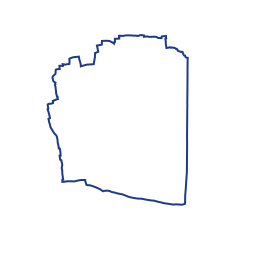 Khwao Sin Rin, Surin, Thailand, rotated 160°
{"feature_id": "78962969B63758563457918", "entity_name": "Khwao Sin Rin", "entity_type": "district", "adm_level": 2, "iso_a3": "THA", "parent_name": "Thailand", "parent_adm1": "Surin", "projection": "natural_earth1", "projection_center": [103.61, 15.013], "detail": "fine", "context": "isolated", "style": "outline", "palette": "blue", "viewbox_px": 256, "rotation_deg": 160, "n_neighbors": 0, "source": "geoboundaries", "source_scale": "gbopen_adm2", "svg_char_len": 5300}
<svg xmlns="http://www.w3.org/2000/svg" viewBox="0 0 256 256"><g transform="rotate(160 128 128)"><path d="M100.4,37.3L99.9,38.3L98.0,43.3L97.4,44.9L95.7,48.6L93.8,52.7L91.6,57.8L91.2,58.7L88.2,65.4L87.5,67.1L81.8,82.4L78.0,92.6L76.9,95.6L76.8,96.0L76.0,98.2L74.6,102.0L66.0,125.1L64.6,128.7L63.3,132.4L62.6,134.3L62.2,135.3L59.1,143.6L57.5,147.9L53.1,159.7L52.5,161.4L51.4,164.4L48.8,171.3L47.9,173.4L48.1,173.5L48.8,174.1L49.5,174.6L49.6,175.0L49.7,175.6L49.7,175.8L49.6,176.4L49.6,176.5L50.3,176.9L50.5,177.0L50.8,178.3L50.8,178.5L50.7,179.2L50.8,180.1L50.8,181.0L51.0,181.1L51.5,181.1L51.8,181.2L52.2,181.3L52.4,181.5L53.0,182.1L53.5,182.5L54.9,183.7L54.9,183.8L54.7,185.0L55.3,185.7L55.8,185.9L55.8,186.1L55.8,186.3L56.1,186.6L56.5,186.9L56.7,187.2L56.8,187.3L57.8,187.9L58.1,188.1L58.4,188.1L58.6,188.2L59.6,188.8L60.0,188.7L60.6,189.0L60.7,189.3L60.9,189.5L61.1,189.6L61.3,189.7L61.5,189.7L61.9,189.6L62.9,189.7L63.5,189.9L63.9,190.0L64.5,190.0L64.3,191.1L64.0,192.3L63.9,193.2L63.7,194.0L63.0,196.2L62.9,196.7L62.7,197.3L62.5,198.6L62.3,199.1L61.5,199.1L61.2,200.1L61.1,200.6L60.9,201.4L62.8,202.0L64.9,202.5L65.0,202.5L65.3,202.1L65.5,201.7L65.8,201.0L66.3,201.2L66.8,201.4L68.4,202.1L68.8,202.3L69.1,202.6L69.5,203.1L70.1,203.9L70.3,204.0L70.5,204.1L71.3,204.5L73.3,205.2L75.9,206.0L76.9,206.4L77.2,206.6L77.7,206.9L77.9,207.1L78.3,207.2L78.8,207.5L79.6,207.7L80.0,207.8L80.5,207.9L81.0,208.1L81.8,208.3L81.2,209.4L81.9,209.8L82.5,210.1L82.8,210.3L83.8,210.7L84.8,211.1L85.3,211.1L85.5,211.0L85.9,211.0L86.6,211.0L86.9,211.1L87.2,211.2L87.6,211.4L87.9,211.5L88.2,211.5L88.3,211.6L88.6,211.9L89.2,212.2L89.5,212.3L90.6,212.6L92.9,213.7L96.1,215.0L96.6,215.1L97.4,215.5L99.0,215.9L100.9,216.2L102.0,216.5L102.7,216.9L104.4,217.6L104.9,217.7L105.0,217.0L105.1,216.2L105.4,216.2L105.5,216.2L105.8,215.3L105.8,215.1L107.3,215.4L107.6,215.6L108.3,215.8L108.5,215.9L109.6,216.2L109.8,216.3L110.4,214.6L110.6,213.8L110.9,213.8L111.1,213.7L111.4,212.9L111.5,212.8L111.8,212.9L112.3,212.1L112.5,212.5L112.8,212.9L113.2,213.4L113.8,214.1L115.1,215.6L115.4,215.9L115.7,216.1L116.5,216.5L116.9,216.7L117.3,216.9L118.5,217.3L119.3,217.6L120.0,217.9L122.0,218.5L122.7,218.7L124.1,215.3L129.0,216.1L129.3,213.7L129.9,209.8L133.4,209.7L133.5,209.0L134.6,206.5L134.8,206.0L138.4,199.7L145.3,201.7L147.1,201.8L148.2,201.9L151.2,202.1L150.7,203.8L150.6,204.2L150.4,206.2L150.4,206.8L150.4,207.5L150.2,209.2L150.2,209.9L149.8,211.9L150.8,212.1L153.8,212.9L156.2,213.3L157.7,213.2L159.2,213.2L159.4,213.2L159.5,213.0L159.5,212.8L159.6,212.3L160.6,209.6L161.2,208.2L161.4,208.2L163.1,208.7L163.5,208.8L165.3,209.0L165.6,209.1L165.9,209.3L166.4,209.8L166.7,209.9L167.0,210.0L167.5,210.3L167.8,208.7L168.0,208.5L168.7,208.9L169.2,209.2L169.6,209.4L170.0,209.5L171.2,209.9L171.6,208.5L172.0,206.8L174.2,207.4L175.9,207.5L176.3,206.8L177.6,203.7L178.7,203.3L180.2,202.5L180.8,202.3L181.0,202.1L181.4,201.8L181.6,201.4L181.8,201.1L181.9,199.7L182.1,198.3L182.1,197.9L182.1,197.5L182.0,197.3L181.5,196.4L181.3,196.0L181.3,195.9L180.8,195.6L180.7,195.5L180.8,195.4L180.9,195.1L181.1,194.5L181.3,193.8L181.4,193.7L181.8,193.8L181.9,193.7L182.0,192.4L182.0,191.8L182.3,190.6L182.7,188.9L182.9,188.0L183.1,187.1L183.3,186.3L183.6,185.4L183.7,185.1L183.7,184.2L183.8,183.5L183.8,183.2L184.0,182.0L184.0,181.9L183.6,181.9L183.5,181.5L183.5,181.2L183.8,180.3L184.0,179.3L184.0,179.2L185.4,179.3L186.7,179.2L188.0,179.2L188.3,179.0L189.3,179.2L189.9,177.1L190.0,177.0L192.1,177.2L194.0,177.7L194.3,177.8L195.1,177.6L195.3,177.6L195.5,177.4L196.1,174.4L196.4,173.2L196.5,173.2L196.9,173.3L197.0,173.3L197.2,172.6L197.2,172.0L197.2,171.4L197.2,169.9L197.3,169.5L197.7,165.4L197.9,164.1L198.0,163.9L199.0,163.9L199.6,163.8L199.8,162.1L200.1,160.7L200.1,160.2L200.2,158.2L200.4,156.5L200.5,154.8L199.1,148.1L198.0,145.7L197.9,145.0L197.8,144.6L197.8,144.0L198.1,142.1L198.2,141.4L198.4,140.6L198.7,139.5L199.1,138.0L199.2,137.4L199.3,136.0L200.0,132.4L199.3,132.1L199.2,132.1L199.3,130.7L199.7,128.8L199.9,128.1L200.2,126.9L200.3,126.7L200.5,126.1L200.8,125.0L201.0,125.0L201.8,125.3L202.1,123.5L202.1,123.2L202.4,122.3L202.5,121.5L202.5,121.2L202.2,121.0L201.9,120.9L201.7,120.6L201.7,120.4L201.7,120.1L201.8,119.5L202.0,119.2L202.0,118.2L202.1,117.4L202.2,116.7L202.5,115.6L202.7,115.2L203.1,114.6L203.6,113.9L203.7,113.7L204.1,112.6L204.1,112.4L204.2,111.3L204.2,111.0L204.5,110.3L204.7,109.4L204.9,108.9L205.1,108.3L205.3,107.7L206.1,104.0L206.2,103.7L206.4,102.9L206.5,101.8L207.4,101.9L208.1,99.8L207.0,99.5L206.4,99.3L205.8,99.2L204.1,98.9L202.6,98.5L200.4,97.7L198.0,96.7L197.5,96.5L197.0,96.3L196.2,96.1L195.9,96.1L195.1,95.9L194.1,95.9L191.7,95.5L191.3,95.5L189.7,95.1L187.0,94.1L186.7,94.0L186.1,93.8L186.0,93.7L186.2,93.2L186.3,92.2L186.4,90.8L186.4,89.9L186.5,88.7L185.2,88.0L184.2,87.5L183.7,87.4L181.2,85.6L178.0,82.8L175.2,80.0L173.1,77.1L172.6,77.0L172.1,77.0L171.7,77.0L170.8,76.8L170.2,76.6L168.6,76.1L167.1,75.3L166.6,74.8L165.4,73.6L164.2,72.8L163.0,72.1L162.0,71.5L161.0,70.6L158.9,69.3L155.9,67.5L153.8,65.7L151.5,63.6L149.8,62.3L147.4,60.8L145.0,59.4L141.8,57.8L139.8,57.1L134.8,54.1L130.4,51.7L128.3,50.8L127.3,50.0L124.4,48.0L122.4,46.8L120.2,45.2L116.2,43.1L114.1,41.9L112.5,41.0L111.1,40.4L109.1,39.9L107.0,39.0L104.1,37.7L102.3,37.3L100.4,37.3Z" fill="none" stroke="#1e3a8a" stroke-width="2"/></g></svg>